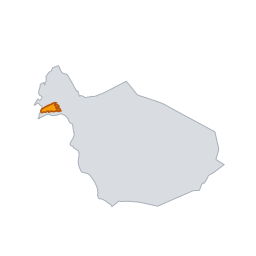 Dosso, Dosso, Niger shown in context, rotated 63°
{"feature_id": "23599985B13950466033624", "entity_name": "Dosso", "entity_type": "district", "adm_level": 2, "iso_a3": "NER", "parent_name": "Niger", "parent_adm1": "Dosso", "projection": "robinson", "projection_center": [3.352, 12.846], "detail": "fine", "context": "in_parent", "style": "filled", "palette": "amber", "viewbox_px": 256, "rotation_deg": 63, "n_neighbors": 0, "source": "geoboundaries", "source_scale": "gbopen_adm2", "svg_char_len": 4271}
<svg xmlns="http://www.w3.org/2000/svg" viewBox="0 0 256 256"><g transform="rotate(63 128 128)"><path d="M190.8,178.0L188.8,178.0L187.7,178.4L186.2,179.6L184.6,180.1L182.6,181.2L181.4,182.1L180.2,182.8L178.6,184.5L178.1,185.8L176.5,186.0L174.2,185.8L172.8,184.5L169.4,183.2L167.3,182.6L166.3,182.5L161.2,182.2L155.8,182.8L153.0,183.4L152.5,183.5L150.9,184.3L149.7,185.3L146.2,189.4L141.5,189.3L138.8,188.8L136.4,188.2L133.1,186.2L129.1,183.3L127.5,182.9L126.1,182.6L125.6,182.7L120.8,185.6L119.9,185.5L118.7,185.9L118.0,186.6L117.4,187.0L116.8,187.0L116.1,186.9L115.3,186.4L114.6,185.6L112.6,182.3L112.2,181.7L111.3,180.8L109.9,179.3L108.9,178.6L108.3,178.4L107.6,178.5L103.7,177.2L99.8,175.8L99.0,176.0L98.4,176.3L97.0,177.3L95.5,177.5L93.5,177.4L92.4,177.3L90.6,177.6L89.4,178.0L87.8,178.7L85.8,180.6L85.3,180.8L84.8,181.1L84.1,186.3L83.6,187.8L82.5,189.9L80.5,191.8L79.2,193.0L79.1,194.6L79.0,197.2L79.0,199.0L79.1,200.2L78.9,200.7L78.8,201.2L78.9,202.0L79.2,202.4L79.4,202.8L79.2,203.2L78.6,203.7L77.9,202.5L77.0,201.7L75.9,201.3L75.3,200.7L74.9,199.9L73.6,198.3L70.5,195.1L70.2,195.0L69.7,194.9L68.9,195.3L68.3,195.8L68.0,196.0L67.4,196.0L65.9,196.4L64.8,196.9L64.8,197.4L65.3,199.8L65.0,201.1L64.5,200.5L62.9,198.0L61.7,196.2L61.5,195.8L61.3,195.2L61.4,194.9L61.9,194.7L63.0,194.5L63.2,194.3L63.2,193.8L63.1,192.9L62.5,191.6L61.9,190.8L61.5,190.6L60.9,190.6L60.2,190.7L58.9,191.8L58.3,191.9L57.0,191.9L55.8,191.7L55.1,191.1L52.9,189.1L50.6,187.0L49.6,186.7L49.3,186.4L49.2,184.8L49.2,182.8L49.3,182.3L50.3,182.6L51.4,182.8L51.7,182.4L50.9,181.7L49.7,181.0L49.2,179.9L48.9,179.5L48.3,179.2L47.7,179.0L47.1,178.7L46.7,178.3L45.9,178.2L45.2,178.0L44.1,176.2L43.1,174.5L42.5,173.2L42.3,172.4L42.6,171.0L42.3,170.5L41.1,169.1L40.1,167.8L40.4,165.8L40.6,164.2L40.6,163.1L40.8,162.5L40.9,161.8L41.5,161.6L43.2,161.6L46.4,162.0L48.9,161.6L49.1,161.5L50.9,159.8L52.9,157.9L55.9,157.7L59.2,157.5L61.7,157.4L65.4,157.3L68.4,157.2L71.9,157.0L72.0,156.2L72.2,155.9L72.6,155.9L75.2,156.4L77.6,156.8L77.7,155.2L79.9,153.2L81.1,152.7L81.3,152.4L81.7,151.7L82.0,150.7L82.1,149.9L82.5,149.3L82.8,148.1L83.3,146.1L84.5,144.0L85.1,141.1L85.2,138.4L85.4,136.3L85.7,135.8L85.7,132.1L85.7,128.3L85.7,125.1L85.6,121.2L85.6,117.7L85.6,114.0L85.6,110.6L85.6,108.3L88.0,107.8L90.5,107.2L94.2,106.4L98.2,105.6L102.5,104.6L103.5,104.0L106.7,100.8L108.2,99.3L111.1,96.4L113.4,94.2L116.2,91.3L119.3,88.5L121.7,86.2L125.4,83.6L131.2,79.7L136.9,75.8L142.6,71.9L148.2,68.0L153.9,64.0L159.6,60.1L165.3,56.2L170.9,52.3L176.7,53.8L182.2,55.2L187.7,56.6L189.0,57.4L192.0,60.2L195.8,63.8L196.1,63.8L199.7,61.7L204.3,59.0L205.6,66.4L206.7,72.8L206.8,76.8L206.9,77.9L207.3,78.6L208.2,79.3L211.8,85.1L211.0,86.2L211.6,88.0L212.5,88.8L215.5,92.2L215.9,92.9L215.7,93.5L213.8,97.6L213.4,98.6L213.1,103.8L212.9,107.5L212.6,112.6L212.2,118.7L211.9,123.8L211.5,130.5L211.2,136.9L208.3,140.5L203.2,146.7L199.1,151.8L197.0,155.2L192.9,161.8L191.1,166.1L189.7,168.4L189.0,169.3L189.7,172.5L190.8,178.0Z" fill="#d9dde1" stroke="#a8b0b8" stroke-width="1"/><path d="M71.9,196.2L72.3,196.6L72.5,197.2L72.8,197.5L73.9,198.3L74.3,198.2L75.0,198.2L75.2,197.9L75.3,197.6L75.4,197.1L75.3,196.7L75.3,196.1L75.8,195.4L76.4,194.5L76.5,194.4L76.6,193.7L76.6,193.0L76.5,191.9L76.5,191.6L76.7,191.4L77.8,191.5L78.2,190.4L78.2,189.5L77.8,188.9L78.0,188.5L78.5,188.4L79.1,187.8L80.0,186.0L80.1,185.8L80.1,183.8L80.1,183.7L80.8,183.7L80.8,183.3L80.5,183.3L80.3,183.2L80.9,183.0L81.5,182.6L81.9,182.4L81.9,182.2L81.4,181.8L81.4,180.9L82.0,180.9L82.1,180.6L82.3,180.0L80.1,179.9L79.0,181.3L78.9,182.3L78.6,182.7L78.2,182.9L77.8,182.6L77.5,182.6L76.9,183.1L76.7,183.0L76.7,182.4L77.2,181.1L77.5,180.8L77.9,180.8L78.0,180.6L78.0,179.8L77.1,179.7L76.5,179.6L76.8,179.8L76.6,180.0L76.3,179.9L76.2,179.9L75.7,180.1L75.3,180.1L75.2,180.1L75.0,180.3L74.8,180.4L74.6,181.0L74.5,181.8L75.0,182.2L75.0,182.4L74.6,182.5L74.4,182.6L74.2,182.6L74.2,182.8L73.9,182.6L73.5,182.4L73.2,182.1L73.1,181.5L73.0,181.1L72.9,180.6L72.7,180.8L72.0,182.1L71.9,183.5L72.1,184.0L71.7,184.4L71.7,184.7L72.0,185.2L72.0,185.6L71.9,186.9L71.8,187.0L72.0,187.6L71.7,188.3L71.9,188.4L71.9,189.2L71.6,189.3L71.6,189.6L71.6,190.3L71.7,190.6L71.9,190.9L71.7,191.1L71.7,192.8L71.9,194.6L71.9,195.6L71.9,196.2Z" fill="#f59e0b" stroke="#b45309" stroke-width="1.5"/></g></svg>